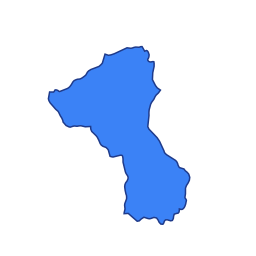 outline of Dhawalagiri, rotated 117°
{"feature_id": "NPL-1125", "entity_name": "Dhawalagiri", "entity_type": "Administrative Zone", "adm_level": 1, "iso_a3": "NPL", "parent_name": "Nepal", "parent_adm1": "", "projection": "mercator", "projection_center": [83.63, 28.648], "detail": "fine", "context": "isolated", "style": "filled", "palette": "blue", "viewbox_px": 256, "rotation_deg": 117, "n_neighbors": 0, "source": "natural_earth", "source_scale": "10m", "svg_char_len": 2406}
<svg xmlns="http://www.w3.org/2000/svg" viewBox="0 0 256 256"><g transform="rotate(117 128 128)"><path d="M173.3,41.8L174.7,42.1L175.8,42.7L176.5,43.8L176.8,45.5L178.3,44.8L179.8,44.4L181.1,44.7L182.2,46.1L183.8,47.7L185.9,47.3L188.1,46.5L190.2,46.5L191.3,47.8L192.0,51.4L192.9,52.9L194.5,53.3L196.4,53.0L197.9,53.2L198.7,55.1L197.9,57.4L196.3,59.5L195.2,61.7L195.9,64.3L198.5,66.8L199.2,67.8L199.6,69.1L200.3,73.3L203.0,74.9L205.6,75.8L206.9,77.5L204.0,89.0L206.1,92.6L205.1,93.0L201.5,93.9L198.3,96.0L196.8,96.5L191.8,97.1L190.1,97.9L188.7,98.8L187.8,99.8L184.9,102.2L181.8,104.3L179.9,105.0L178.0,105.2L175.7,104.8L173.4,104.9L171.9,105.5L170.9,106.5L169.4,109.1L168.3,110.4L160.7,116.9L157.8,118.4L156.2,119.5L155.4,120.3L155.1,121.0L155.6,122.3L160.6,128.1L161.0,129.2L161.4,131.1L156.5,135.6L155.9,136.8L155.3,138.8L155.7,142.0L155.4,144.0L154.5,145.7L152.8,147.7L152.5,148.0L150.2,151.1L149.3,153.0L147.6,158.6L146.6,159.9L145.7,160.8L143.6,162.0L146.3,166.6L147.4,171.0L148.3,172.5L149.6,174.2L150.5,176.6L151.4,177.8L153.4,179.8L153.8,181.0L153.9,184.3L152.2,188.5L150.8,189.6L149.3,191.4L147.8,193.9L145.5,196.9L144.9,197.9L144.1,201.0L141.0,208.7L139.6,210.8L138.1,212.2L131.5,214.2L129.8,210.7L128.8,210.3L127.9,210.4L127.1,210.2L126.5,208.8L126.4,207.3L126.7,206.6L126.6,205.6L125.8,204.8L120.4,200.0L119.1,199.2L117.6,198.6L115.2,198.2L111.9,198.0L110.2,197.5L108.4,196.1L107.3,194.9L106.5,193.5L105.5,192.5L104.0,191.5L101.4,190.2L99.8,189.6L96.7,189.5L95.0,189.0L92.7,187.6L86.3,181.8L83.8,180.8L81.9,180.3L72.6,182.0L72.1,178.4L70.5,176.3L67.9,173.8L57.0,165.3L55.7,161.7L54.9,160.6L53.4,159.2L52.4,157.9L51.0,154.7L49.8,153.7L49.1,152.4L52.0,148.0L50.6,146.8L50.5,145.8L51.2,144.4L53.2,142.4L55.1,141.7L56.5,141.5L57.8,141.6L58.7,141.1L59.3,139.8L59.2,138.7L58.9,137.8L57.6,136.1L57.2,135.1L58.5,134.1L61.3,132.7L67.6,131.0L73.8,128.2L77.7,122.8L79.0,120.1L79.5,116.3L82.9,116.8L86.0,117.9L87.9,118.1L90.6,118.0L94.4,118.6L96.6,118.6L102.2,117.4L104.7,116.4L107.3,115.0L117.8,111.0L119.5,108.8L123.4,97.7L125.5,93.9L132.1,85.5L133.1,84.6L133.8,83.3L134.3,81.3L135.3,70.9L135.9,69.3L137.0,67.8L138.3,66.6L139.4,65.2L139.9,64.1L139.1,59.5L139.2,59.4L140.1,57.5L140.6,55.2L141.5,53.0L143.9,50.6L146.7,49.6L149.7,49.5L152.7,49.8L155.4,49.5L160.6,46.9L163.4,46.0L164.3,45.6L165.3,43.8L166.0,43.1L169.6,42.1L171.8,41.8L173.3,41.8Z" fill="#3b82f6" stroke="#1e3a8a" stroke-width="1.5"/></g></svg>